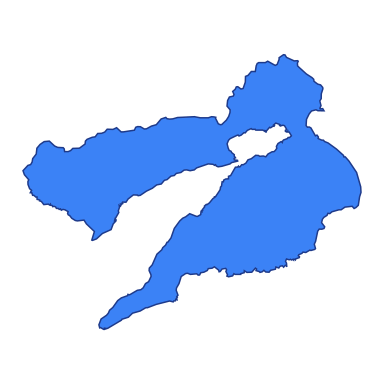 outline of Kota Ambon, Maluku, Indonesia
{"feature_id": "22746128B58388026658287", "entity_name": "Kota Ambon", "entity_type": "district", "adm_level": 2, "iso_a3": "IDN", "parent_name": "Indonesia", "parent_adm1": "Maluku", "projection": "albers", "projection_center": [128.177, -3.684], "detail": "fine", "context": "isolated", "style": "filled", "palette": "blue", "viewbox_px": 384, "rotation_deg": 0, "n_neighbors": 0, "source": "geoboundaries", "source_scale": "gbopen_adm2", "svg_char_len": 6017}
<svg xmlns="http://www.w3.org/2000/svg" viewBox="0 0 384 384"><path d="M324.0,110.8L322.7,108.6L320.2,108.9L319.9,108.2L321.0,105.6L319.8,100.9L321.2,98.7L321.3,93.8L322.9,88.8L322.7,87.4L320.6,84.9L317.7,84.1L314.0,81.3L313.7,79.3L312.0,77.6L306.4,74.0L299.1,67.4L297.6,65.9L297.4,63.1L298.2,61.3L297.7,60.7L294.2,60.9L286.5,57.4L285.0,54.9L283.5,54.7L279.1,57.7L279.1,59.4L277.2,64.4L275.2,65.4L267.7,61.2L265.3,62.6L258.7,62.6L257.2,63.5L256.2,65.8L255.3,71.5L251.3,71.5L248.0,75.4L245.5,76.4L245.3,82.2L243.1,88.5L241.0,89.0L237.8,86.7L236.3,86.9L235.2,89.3L232.7,91.4L234.0,94.5L233.3,96.1L229.4,97.0L227.6,100.5L227.0,106.1L230.1,109.8L230.0,112.5L228.7,116.4L226.4,120.1L221.8,124.5L220.4,124.7L218.3,123.8L215.5,118.2L215.8,117.3L213.9,116.9L211.5,116.7L208.3,117.8L200.3,117.8L194.4,116.7L177.6,117.5L172.6,118.9L169.5,119.1L167.0,118.7L165.8,117.4L161.1,119.0L156.3,124.7L151.4,126.1L146.5,128.8L144.3,129.0L140.4,126.7L137.5,126.6L135.7,127.3L134.4,130.2L123.2,131.9L121.1,131.9L116.6,127.7L113.0,129.4L107.2,129.2L104.7,132.1L101.6,133.3L97.7,133.5L95.2,136.8L92.1,137.3L87.1,139.3L85.4,141.1L85.1,144.0L79.4,148.2L72.8,148.4L70.6,150.6L68.2,151.6L64.6,151.6L64.2,148.8L63.2,147.7L57.7,147.4L54.6,146.0L49.3,141.1L44.2,141.6L40.1,144.4L36.9,148.2L36.2,154.1L32.7,158.6L32.1,162.1L30.6,164.6L27.9,165.4L23.0,170.7L24.4,174.7L28.7,179.7L27.9,181.7L28.0,184.5L29.6,188.7L31.6,190.3L30.3,192.7L31.8,192.8L32.6,195.3L33.8,195.3L35.9,197.1L37.0,197.0L37.1,199.4L38.8,199.7L39.7,200.1L39.5,200.8L41.4,201.5L43.8,204.6L48.3,204.1L49.5,205.0L50.4,204.1L50.6,205.3L52.2,205.5L52.8,206.7L53.9,206.3L55.6,206.9L56.4,208.4L58.4,208.5L59.2,209.4L60.5,208.9L61.3,210.2L63.0,209.4L64.9,209.8L68.1,211.6L67.6,213.5L68.2,214.8L69.7,215.6L71.8,218.3L75.3,220.5L77.4,220.9L84.0,220.1L86.4,223.9L94.4,231.5L91.8,240.1L92.5,240.4L96.5,238.9L102.4,233.5L111.1,229.6L113.2,223.9L115.9,221.0L116.1,219.9L115.3,219.2L115.5,220.9L114.5,220.9L114.9,219.3L118.8,212.5L118.3,210.9L119.5,207.3L119.2,205.3L120.5,206.1L121.2,204.7L120.7,204.0L121.9,203.9L121.7,203.1L122.2,203.8L122.7,203.6L122.2,202.7L122.6,202.1L126.0,202.2L128.1,199.0L133.4,194.9L137.6,195.1L138.1,195.7L140.3,195.3L146.5,191.1L152.3,188.3L156.7,184.9L161.3,184.0L164.4,180.3L167.1,179.6L171.0,176.1L174.3,175.5L176.3,173.4L180.9,172.5L184.1,170.1L186.7,169.9L190.1,170.7L194.3,169.9L196.6,167.9L208.2,163.9L213.0,164.3L214.5,165.3L215.5,164.7L216.3,166.0L218.1,166.8L221.8,166.3L230.1,163.9L231.6,162.6L237.7,161.1L237.5,160.3L234.3,159.9L234.1,158.4L235.5,157.8L234.2,156.0L234.3,154.7L231.6,152.5L231.1,151.3L229.2,150.4L228.2,148.1L227.1,143.8L228.5,140.3L230.2,138.6L237.3,135.2L238.2,135.1L239.0,136.0L241.2,135.1L243.9,132.7L245.2,132.9L247.3,130.4L251.2,128.6L252.1,129.4L255.2,129.3L255.5,130.0L256.5,130.1L262.8,130.1L266.5,132.4L265.5,130.7L266.5,130.9L269.6,127.3L270.6,127.8L273.0,126.2L274.0,126.3L274.5,125.4L273.7,124.9L275.8,123.1L279.6,124.4L280.4,125.0L279.7,125.4L280.3,126.0L283.0,125.2L284.5,125.7L286.7,129.4L285.4,130.3L285.4,131.3L286.4,131.9L287.5,131.2L287.3,132.0L289.2,132.1L291.4,135.8L289.6,137.5L288.1,137.5L287.3,138.6L283.5,140.0L282.4,141.4L282.3,142.5L281.1,141.6L278.0,143.5L276.4,146.4L276.8,148.3L275.5,150.2L274.1,151.6L272.0,151.8L268.0,154.0L265.8,156.8L263.3,156.0L259.6,156.3L258.6,155.5L255.7,155.3L251.3,158.7L248.0,159.8L245.9,163.1L243.3,164.7L241.7,164.7L240.0,166.8L238.9,166.9L238.5,166.1L237.5,167.1L235.4,167.2L230.6,175.6L228.5,176.3L228.5,178.8L225.7,179.0L223.7,180.1L223.4,181.8L222.1,181.8L221.5,186.1L220.5,187.1L220.2,189.5L219.0,191.5L215.5,196.7L214.6,196.8L214.8,197.2L212.8,198.7L209.4,202.9L206.9,204.7L206.3,204.4L204.4,206.1L204.6,206.9L202.3,209.7L202.6,210.5L201.5,210.8L201.9,211.8L201.0,211.7L200.7,214.6L197.5,216.4L196.3,216.3L189.7,213.7L185.7,216.8L182.7,218.2L179.7,221.0L174.3,228.4L171.0,237.9L167.9,242.1L167.0,242.3L165.6,245.1L162.8,247.6L161.7,249.9L156.9,254.2L152.2,264.9L149.3,268.1L149.1,270.6L150.9,274.6L151.1,276.4L148.6,281.7L145.5,283.6L143.2,287.8L140.9,289.7L137.3,290.3L129.6,294.8L127.9,294.4L127.7,295.6L121.3,297.9L117.7,300.6L112.8,307.5L109.6,310.2L108.3,313.2L106.5,315.3L101.1,319.0L98.9,324.8L99.7,327.9L100.6,327.6L103.5,329.3L104.4,329.2L104.4,328.2L105.9,328.4L105.5,329.0L107.9,328.2L121.5,320.1L121.8,319.3L128.4,317.2L132.5,313.2L140.2,311.0L145.8,307.7L147.5,307.7L156.2,304.4L169.6,301.0L173.2,301.9L173.9,300.9L175.4,300.8L175.7,299.3L177.0,299.8L176.7,297.8L177.3,297.2L176.8,296.5L178.0,295.2L176.2,290.3L176.5,288.0L179.0,283.6L181.2,276.5L185.7,273.5L187.7,273.3L190.4,274.4L196.7,273.8L198.1,275.1L199.6,275.0L200.8,272.7L203.9,272.2L207.3,270.5L208.3,268.6L212.1,268.2L214.4,266.8L218.6,270.1L219.1,271.8L220.2,271.5L222.1,269.0L225.7,268.4L226.6,269.8L225.9,271.5L227.5,274.7L226.9,276.1L228.6,276.8L232.6,275.9L233.9,273.7L235.1,274.4L240.7,274.4L240.7,273.7L244.2,272.7L244.3,270.7L246.9,272.4L251.8,272.2L255.4,268.1L256.6,269.0L256.0,270.6L259.3,271.6L260.0,272.4L262.2,271.8L263.9,270.3L265.7,272.0L269.1,272.2L270.6,270.3L275.4,269.2L275.9,267.0L278.8,268.0L280.1,266.2L282.4,265.8L283.6,267.2L285.3,265.3L286.2,265.6L286.8,266.9L286.5,263.1L285.5,261.3L286.5,259.0L289.2,259.8L290.5,259.3L291.5,260.0L292.8,259.4L293.5,260.0L293.5,259.3L294.7,259.3L295.4,259.9L295.7,258.9L299.3,257.6L299.5,256.8L298.3,255.7L298.8,254.7L301.9,253.4L303.0,252.1L305.8,252.5L309.9,250.1L310.9,250.5L314.8,249.4L315.5,248.5L314.3,244.2L315.6,241.3L317.7,231.2L319.2,229.1L321.9,229.2L324.0,228.5L324.7,226.8L321.6,222.7L322.4,219.3L323.8,217.4L327.0,215.4L327.9,213.3L329.8,213.6L331.9,211.8L338.9,209.8L341.1,209.8L345.0,207.1L352.2,206.3L354.1,208.5L356.0,207.5L358.3,205.3L359.6,196.8L361.0,192.4L360.7,186.8L356.6,172.5L348.9,161.0L345.3,156.9L343.9,156.9L343.5,155.4L336.4,149.0L328.0,142.9L324.5,141.5L323.5,140.2L321.6,140.1L318.1,138.5L318.4,137.0L317.0,135.1L315.4,135.8L310.9,127.9L309.2,127.0L307.4,127.2L306.1,125.6L306.5,119.3L309.1,114.0L311.5,111.0L316.0,109.8L317.9,110.7L324.0,110.8Z" fill="#3b82f6" stroke="#1e3a8a" stroke-width="1.5"/></svg>